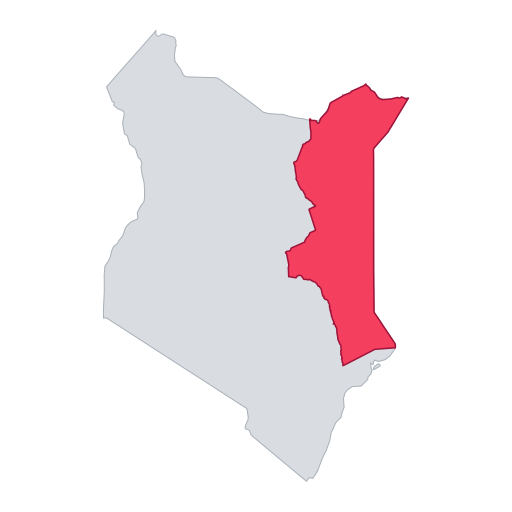 North-Eastern highlighted on a map of Kenya
{"feature_id": "KEN-893", "entity_name": "North-Eastern", "entity_type": "Province", "adm_level": 1, "iso_a3": "KEN", "parent_name": "Kenya", "parent_adm1": "", "projection": "natural_earth1", "projection_center": [39.831, 1.103], "detail": "fine", "context": "in_parent", "style": "filled", "palette": "rose", "viewbox_px": 512, "rotation_deg": 0, "n_neighbors": 0, "source": "natural_earth", "source_scale": "10m", "svg_char_len": 7770}
<svg xmlns="http://www.w3.org/2000/svg" viewBox="0 0 512 512"><path d="M103.5,318.0L103.4,310.5L104.3,291.3L104.2,274.4L105.0,266.0L108.6,260.7L110.3,256.8L111.5,251.4L113.3,246.9L117.6,243.3L118.4,241.4L122.9,235.3L125.6,227.6L127.7,225.0L130.2,222.5L132.0,221.3L135.0,220.0L137.3,219.3L137.7,218.6L137.9,217.4L137.2,212.6L138.2,211.0L139.7,207.8L141.6,204.8L143.2,203.0L144.1,201.0L144.5,197.6L144.6,195.2L144.6,191.3L144.1,182.5L142.2,175.0L141.0,166.7L141.9,164.0L140.4,159.1L139.6,158.9L138.4,157.8L136.8,153.2L135.6,149.0L134.9,148.0L129.8,144.3L127.3,135.7L124.4,133.8L122.9,125.2L122.6,122.7L124.2,114.2L124.0,112.2L122.3,110.4L117.5,108.6L113.6,105.0L114.1,103.8L114.4,102.5L112.4,101.7L106.5,87.0L114.1,78.2L121.9,69.3L131.9,58.0L141.0,47.7L148.9,38.7L155.9,30.7L155.8,32.2L155.8,34.3L156.7,35.5L158.1,36.4L160.1,35.5L161.9,34.2L163.6,34.0L174.1,37.3L175.9,40.2L175.8,43.3L176.2,45.6L175.4,47.8L174.5,54.7L174.8,61.0L177.9,65.7L180.7,69.3L183.0,74.5L184.6,76.0L186.9,76.9L194.2,77.1L204.9,77.4L215.3,77.7L216.2,77.8L218.4,78.5L227.9,85.5L236.6,91.8L244.0,97.4L251.1,102.7L258.1,108.0L263.5,112.3L268.8,113.6L277.4,114.2L283.4,114.4L288.9,116.3L297.2,118.0L303.3,118.8L307.0,119.8L317.3,120.8L319.0,120.2L323.5,115.4L328.6,107.6L330.6,103.3L337.1,99.1L348.7,93.1L356.8,88.9L365.8,84.7L369.9,88.3L375.6,94.2L378.1,97.1L380.2,98.4L383.3,99.2L387.0,99.3L389.0,99.1L393.2,98.4L403.0,97.7L408.6,97.7L403.9,105.5L398.3,114.9L387.9,132.1L380.0,141.1L374.0,148.0L373.5,149.2L373.5,156.8L373.6,175.5L373.7,212.7L373.8,250.0L374.0,287.3L374.0,305.9L374.0,312.2L379.3,320.0L384.4,327.7L391.2,337.8L394.8,343.2L395.4,345.1L395.2,348.7L389.6,356.3L385.1,359.7L378.9,361.4L377.1,361.1L374.7,360.0L373.7,361.8L373.0,364.6L371.7,364.0L370.6,363.2L371.2,368.2L371.9,370.7L370.9,374.1L368.0,377.0L367.7,379.5L361.2,386.0L352.1,386.7L347.3,390.0L345.1,392.6L343.5,398.4L344.1,407.3L341.5,414.1L341.0,417.5L336.3,421.9L334.2,426.0L332.6,430.1L331.3,431.9L329.7,441.2L327.5,446.8L326.9,448.7L326.4,450.3L324.6,453.6L323.5,455.9L322.7,457.4L317.2,471.8L312.8,478.3L309.4,477.6L307.1,480.1L306.9,481.3L305.7,480.6L302.8,478.2L296.9,473.3L291.1,468.5L285.2,463.6L279.3,458.7L273.5,453.8L267.6,448.9L261.7,444.0L255.9,439.1L252.4,436.2L250.9,434.5L249.7,431.2L249.1,430.3L247.6,429.3L245.7,429.0L245.2,428.4L245.2,426.8L245.9,424.4L248.0,419.9L248.2,417.3L247.8,414.3L247.1,409.5L246.6,408.4L242.7,405.9L234.5,400.6L226.4,395.4L218.2,390.1L210.1,384.8L201.9,379.6L193.8,374.3L185.6,369.1L177.5,363.8L169.3,358.5L161.1,353.3L153.0,348.0L144.8,342.7L136.7,337.5L128.5,332.2L120.4,326.9L112.2,321.7L109.2,319.7L106.4,318.0L103.5,318.0ZM374.6,369.2L373.2,369.6L373.9,367.0L378.1,363.8L379.8,364.5L380.2,365.3L380.1,365.9L379.4,366.6L374.6,369.2Z" fill="#d9dde1" stroke="#a8b0b8" stroke-width="1"/><path d="M365.8,84.1L366.6,85.4L368.9,87.2L369.9,88.5L370.5,89.8L370.9,90.3L371.6,90.7L373.4,91.4L374.0,91.8L375.0,92.9L377.5,96.9L379.2,98.4L381.0,99.3L383.0,99.6L386.9,99.3L391.2,99.0L393.1,98.4L394.2,98.3L397.2,97.5L397.8,97.5L398.8,98.0L399.4,98.1L399.9,98.0L401.6,96.9L403.4,97.6L405.1,98.6L406.8,99.0L408.6,97.8L405.4,103.1L402.2,108.4L399.0,113.7L395.8,119.0L393.9,122.3L391.9,125.5L389.9,128.8L387.9,132.1L384.8,135.7L381.6,139.3L378.5,142.9L375.4,146.5L374.1,148.0L373.5,149.2L373.5,151.6L373.6,157.3L373.6,163.2L373.6,166.5L373.6,171.2L373.6,175.9L373.6,180.6L373.6,185.4L373.6,190.9L373.6,196.4L373.6,201.9L373.6,207.5L373.6,213.0L373.6,218.5L373.6,219.3L373.6,224.1L373.6,229.6L373.6,235.1L373.6,240.6L373.6,246.2L373.6,251.7L373.6,257.2L373.6,262.8L373.6,268.3L373.6,273.8L373.7,277.4L373.7,280.4L373.7,283.4L373.8,288.2L373.9,293.0L373.9,297.8L374.0,302.6L374.0,305.7L374.0,308.9L374.1,312.2L375.0,313.7L376.0,315.1L377.0,316.6L378.0,318.0L379.9,320.9L381.8,323.8L383.9,327.0L385.7,329.6L387.5,332.4L389.5,335.3L391.4,338.2L393.4,341.1L394.8,343.3L395.3,344.2L395.4,345.1L395.3,347.8L375.0,349.3L374.7,349.4L345.1,364.7L343.0,365.6L342.9,364.8L342.9,364.5L343.0,364.1L342.9,363.4L342.3,362.1L341.9,359.6L341.6,359.0L341.7,358.9L342.0,358.6L342.1,358.4L341.9,357.8L341.6,355.7L341.4,355.4L341.0,354.9L340.8,354.5L340.8,354.1L341.0,353.7L341.0,353.3L340.8,351.3L340.8,350.6L340.9,350.4L341.0,350.3L341.2,350.0L341.3,349.7L341.0,348.5L340.9,345.6L340.7,345.0L340.1,344.4L339.8,343.9L338.2,340.0L338.0,339.6L337.9,339.2L337.6,336.3L337.3,334.8L337.0,333.1L336.8,329.3L336.4,327.6L335.5,326.5L335.4,325.5L334.9,324.6L334.3,324.0L333.4,323.9L333.7,323.1L333.9,322.7L334.2,322.4L333.7,321.7L332.3,318.6L332.1,317.3L331.8,316.6L331.3,315.7L331.4,314.8L331.3,314.5L330.8,312.5L330.6,312.1L330.7,311.7L330.8,311.5L330.8,310.8L330.6,310.8L330.3,310.9L330.1,310.4L330.0,309.0L329.6,307.6L329.5,306.9L329.8,306.3L329.4,305.9L329.4,305.2L329.5,304.5L329.4,304.2L328.2,302.2L328.2,301.4L328.0,300.8L327.6,300.3L327.1,299.9L326.5,299.6L325.5,299.5L325.1,299.3L324.9,299.0L324.0,297.7L323.8,297.7L323.7,297.0L323.6,296.5L323.3,296.1L322.8,296.0L322.6,295.4L321.1,289.0L320.6,288.0L319.9,287.5L319.8,287.3L319.4,286.5L319.3,286.3L318.9,286.2L318.4,286.2L318.0,286.0L317.5,284.8L317.3,284.4L316.8,284.0L316.4,283.3L315.9,282.8L315.3,282.3L314.8,282.0L313.5,281.7L313.2,281.6L313.1,281.4L312.9,281.1L312.6,280.9L311.5,280.7L311.1,280.4L310.7,280.0L310.1,279.6L309.3,279.6L308.5,279.8L307.8,279.9L307.1,279.5L303.8,279.3L301.8,276.4L301.4,276.0L301.2,275.9L301.0,275.7L300.9,275.5L300.6,275.4L299.4,275.4L298.2,275.6L297.6,275.9L297.1,276.1L296.9,276.6L296.6,277.2L296.3,277.6L295.8,277.8L288.7,276.6L288.3,267.4L288.4,267.1L288.7,266.5L288.8,266.2L288.8,265.9L288.7,264.2L286.6,253.9L286.5,253.7L285.8,253.1L285.6,252.9L285.6,252.7L285.6,252.4L285.8,252.1L286.0,251.9L286.7,251.5L286.9,251.4L287.1,251.3L289.4,251.0L289.6,250.9L289.8,250.8L289.9,250.7L290.1,250.5L290.6,249.6L291.1,248.4L291.2,248.2L291.3,248.1L291.5,247.9L304.4,242.2L304.6,242.1L304.7,241.9L304.8,241.2L304.9,240.8L305.3,239.9L306.4,238.1L306.9,237.4L307.8,236.6L308.2,236.2L308.7,235.5L309.9,233.0L310.0,232.9L310.1,232.7L314.7,230.7L315.1,230.5L315.4,230.2L315.4,229.8L315.4,229.5L309.1,209.9L309.0,209.4L309.2,209.2L309.6,208.9L315.6,206.1L315.6,205.9L314.8,205.4L314.6,205.3L314.5,205.1L314.3,204.8L314.1,204.7L313.7,204.6L313.4,204.3L312.5,203.2L312.3,202.8L312.3,202.6L312.2,202.4L311.9,202.0L311.7,201.7L311.4,201.4L309.1,199.9L308.8,199.6L308.3,199.0L308.1,198.9L307.6,198.6L306.6,198.2L306.3,198.0L305.8,197.4L305.6,197.2L305.5,196.8L305.1,194.8L304.7,194.0L304.5,193.6L304.1,193.2L303.9,192.8L303.6,191.9L303.2,191.2L302.5,190.4L301.2,189.5L301.0,189.1L299.4,186.4L298.2,183.8L297.7,181.9L297.5,181.5L297.3,181.2L297.1,181.1L297.0,180.9L296.9,180.7L296.7,180.1L296.6,179.9L296.5,179.7L296.2,179.4L296.1,178.9L296.2,178.2L296.3,176.8L296.2,175.7L296.0,173.9L295.9,173.7L295.8,173.2L295.3,170.5L295.2,168.1L294.6,165.3L294.1,164.1L293.9,163.4L293.8,163.1L293.8,162.9L293.9,162.5L294.0,162.2L294.4,161.9L296.5,161.2L297.3,159.8L302.0,147.5L302.3,147.4L302.5,147.2L302.6,146.3L302.5,145.6L302.6,145.3L302.7,145.0L303.0,144.6L303.2,144.4L303.4,144.2L303.7,144.0L304.8,143.8L305.1,143.6L305.3,143.5L305.4,143.3L306.0,142.6L306.3,142.3L306.7,142.2L308.6,141.4L308.9,141.2L309.2,141.0L309.6,140.2L309.8,140.0L310.6,139.3L310.7,139.1L310.9,138.7L310.9,138.0L310.9,132.2L310.6,129.7L310.3,128.1L309.7,119.9L309.7,119.2L310.0,119.1L310.5,119.1L310.6,119.6L310.3,120.4L315.1,120.5L316.2,121.0L316.6,121.5L316.8,122.1L317.1,122.7L317.7,123.1L318.9,123.1L319.5,121.9L320.4,119.0L321.4,117.6L323.9,114.9L326.9,111.8L327.6,110.7L328.2,109.3L329.3,106.0L330.0,103.7L330.8,102.6L334.1,100.8L337.4,99.0L341.1,96.9L342.8,95.9L343.0,95.6L343.0,95.4L343.0,95.2L343.4,95.2L343.5,95.3L347.6,93.8L350.6,92.6L350.8,92.3L351.0,91.6L351.2,91.4L356.2,89.2L360.2,87.4L363.4,86.0L365.8,84.1Z" fill="#f43f5e" stroke="#9f1239" stroke-width="1.5"/></svg>